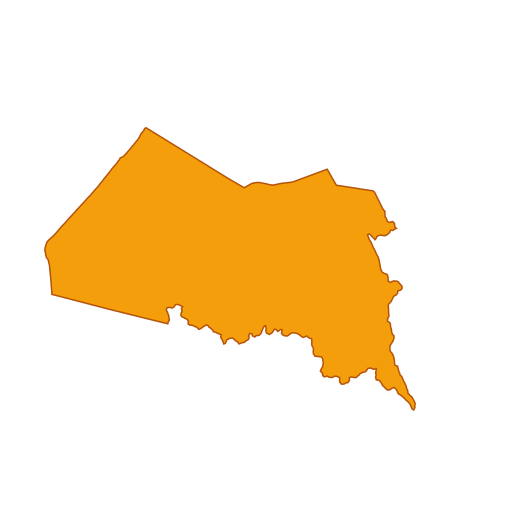 the district of Belmonte, Bahia, Brazil, rotated 200°
{"feature_id": "56859067B37213046235588", "entity_name": "Belmonte", "entity_type": "district", "adm_level": 2, "iso_a3": "BRA", "parent_name": "Brazil", "parent_adm1": "Bahia", "projection": "mercator", "projection_center": [-39.261, -15.95], "detail": "fine", "context": "isolated", "style": "filled", "palette": "amber", "viewbox_px": 512, "rotation_deg": 200, "n_neighbors": 0, "source": "geoboundaries", "source_scale": "gbopen_adm2", "svg_char_len": 5310}
<svg xmlns="http://www.w3.org/2000/svg" viewBox="0 0 512 512"><g transform="rotate(200 256 256)"><path d="M403.1,338.9L404.3,337.7L404.3,335.6L405.0,333.9L405.9,331.4L406.1,328.6L406.6,326.1L407.4,323.4L408.2,321.3L408.8,319.4L409.5,317.5L410.6,314.6L411.4,312.2L412.2,310.2L412.8,308.5L413.7,306.4L414.5,304.5L415.6,303.1L417.1,301.8L417.4,299.5L418.1,297.5L418.7,295.1L419.7,292.6L420.6,290.3L421.5,287.7L422.2,285.3L422.7,283.7L423.5,281.5L424.4,278.9L425.3,276.3L426.1,273.6L426.8,271.7L427.4,269.9L427.9,268.1L428.6,266.3L429.6,263.9L430.4,261.8L431.3,259.5L432.1,257.2L432.9,255.4L433.8,253.5L434.7,251.3L435.6,248.9L436.6,246.5L437.5,244.5L438.4,242.3L439.2,240.2L440.5,237.4L441.3,235.1L442.3,232.9L443.3,230.4L444.5,227.7L445.3,225.5L446.1,223.5L446.9,221.5L447.7,219.6L448.7,217.5L449.6,215.0L450.5,212.6L451.2,210.6L451.9,208.8L452.8,206.8L453.8,204.6L455.1,202.3L456.4,199.8L457.2,197.3L457.2,194.9L457.0,192.0L456.5,189.4L454.8,186.8L453.8,184.8L452.4,182.9L450.4,181.7L448.9,179.7L448.0,178.2L446.9,176.6L446.0,174.7L444.8,172.2L443.4,169.3L442.3,167.0L441.5,165.3L440.7,163.5L439.8,161.7L439.0,159.8L438.1,157.7L437.0,155.5L436.2,153.7L435.4,152.0L434.7,150.1L430.9,150.5L376.1,155.7L374.1,155.9L315.7,162.1L316.0,164.2L315.4,166.3L316.9,168.4L317.5,170.0L318.9,171.5L320.1,173.0L321.7,174.3L321.9,177.0L320.3,177.9L318.5,178.3L316.8,178.5L315.5,180.4L315.1,182.7L313.1,183.7L310.8,183.7L307.6,183.3L308.1,181.0L306.6,179.1L306.8,176.7L306.3,174.5L304.9,173.5L303.2,173.5L301.5,173.1L299.4,173.1L297.4,171.8L296.5,168.9L294.4,168.4L292.3,169.2L289.8,168.8L287.4,168.9L284.6,167.5L283.0,169.0L282.1,170.4L280.7,172.3L279.0,174.3L277.3,174.2L275.6,173.0L273.3,172.5L271.3,171.4L269.8,170.2L267.9,170.6L265.8,170.3L263.5,170.1L261.7,170.0L261.3,167.4L259.1,165.7L257.3,163.7L256.1,162.3L254.8,163.6L254.9,165.4L254.7,167.3L252.6,169.5L250.1,171.0L247.8,170.1L245.9,169.2L243.9,169.0L241.8,167.6L239.7,169.5L237.3,171.0L236.2,173.1L234.6,174.9L234.5,176.8L235.4,178.4L235.5,181.0L233.2,181.5L232.0,179.7L229.4,179.5L228.4,181.4L226.0,182.4L224.9,184.7L224.8,187.4L224.7,189.8L224.4,192.4L223.3,193.8L221.9,191.7L221.1,188.9L219.7,187.1L216.8,186.8L214.8,189.0L214.2,190.9L213.6,193.6L211.4,193.7L209.9,192.5L208.8,193.7L207.8,195.4L206.2,195.6L205.9,193.8L205.6,192.0L204.1,191.0L201.9,190.8L199.1,191.6L197.8,193.6L196.9,195.0L195.5,196.3L193.6,196.9L191.4,197.2L189.1,197.1L186.0,196.0L183.8,195.6L182.4,196.8L181.0,198.2L178.4,197.2L175.5,197.2L174.4,195.1L173.9,193.4L172.9,191.0L170.9,189.4L170.0,187.7L169.7,186.1L168.6,183.7L166.2,182.0L163.9,182.6L162.0,183.1L159.8,183.5L158.0,181.8L156.9,179.8L155.9,177.5L155.6,174.9L156.0,172.4L156.2,169.9L153.6,168.7L152.2,166.3L150.3,165.8L148.1,167.5L146.0,167.1L144.2,167.4L142.6,168.1L141.3,169.6L139.9,170.5L138.2,170.5L135.9,170.4L134.9,167.8L134.2,166.1L132.0,164.8L129.5,165.7L128.2,167.5L126.4,168.4L125.6,171.2L126.7,173.5L125.1,175.0L122.5,175.3L120.2,176.1L119.7,177.6L118.6,179.0L117.9,181.0L116.0,183.1L113.9,184.4L113.0,185.9L112.5,188.6L109.5,190.1L107.2,189.6L104.5,191.3L104.0,189.5L103.6,187.1L102.4,185.2L102.1,182.9L100.5,180.7L98.1,181.3L96.3,180.6L94.7,179.5L92.7,177.6L90.0,176.4L88.2,175.5L86.3,175.0L84.3,176.2L83.2,177.9L81.7,179.5L80.0,179.3L77.5,177.8L76.3,176.2L74.9,175.1L73.2,174.9L70.8,174.2L68.2,173.2L66.2,172.1L63.8,171.2L61.2,169.9L59.5,168.4L58.2,166.8L57.0,165.7L55.2,165.2L54.8,167.7L55.7,170.0L55.9,171.7L57.2,173.2L59.2,175.1L61.6,177.0L63.7,177.7L66.2,179.0L67.5,181.5L69.0,182.9L70.2,184.8L72.2,187.0L74.7,189.1L76.4,191.1L77.8,192.6L79.8,193.4L81.1,195.3L82.7,196.9L83.7,198.4L85.3,200.9L87.9,200.8L89.2,202.7L90.0,204.7L91.7,207.7L93.1,209.6L95.0,211.2L97.4,212.5L98.8,215.4L99.3,217.8L98.7,220.5L98.1,223.2L98.3,226.4L99.3,228.4L101.2,229.2L102.8,231.5L104.0,233.9L105.4,235.6L106.1,237.4L107.3,239.1L110.2,239.8L110.9,242.5L110.4,244.7L111.4,246.7L112.2,248.6L113.2,251.3L114.8,254.4L114.8,256.4L114.0,258.1L113.4,259.8L113.2,262.7L112.8,265.3L110.9,267.4L110.2,269.4L110.8,271.9L108.4,273.3L107.7,275.6L108.4,277.4L109.9,278.4L112.1,279.4L113.5,280.5L115.9,280.4L118.5,279.4L120.8,277.1L123.3,277.7L124.4,280.6L125.6,282.8L127.1,283.6L129.6,283.5L131.9,283.9L133.7,285.6L135.2,287.8L136.4,290.0L139.0,294.3L140.9,296.8L142.6,298.2L144.3,299.8L145.6,301.3L147.4,303.0L149.4,304.8L151.2,306.8L152.4,308.1L153.8,309.2L155.7,310.8L157.5,312.9L158.5,314.2L157.1,315.5L155.4,314.9L153.3,313.8L151.2,312.9L149.8,312.0L149.2,313.6L148.9,315.9L147.4,317.5L145.1,318.5L142.8,318.8L141.1,319.6L139.8,321.3L138.5,323.6L138.3,326.3L136.2,326.8L134.9,328.7L133.5,330.0L135.7,331.0L137.0,334.0L139.3,335.1L142.3,333.1L144.5,333.4L146.2,335.8L148.0,336.9L149.3,339.6L150.3,342.3L152.0,342.9L153.7,344.4L155.3,345.9L156.9,347.4L158.8,349.3L161.3,351.6L164.3,354.5L166.0,356.1L167.6,357.1L169.7,357.0L171.4,356.6L173.1,356.3L175.8,355.7L177.3,355.4L180.7,354.7L184.3,354.1L188.7,353.2L191.7,352.6L193.6,352.2L196.0,351.7L197.8,351.4L200.6,350.8L202.4,350.4L204.7,350.0L218.8,361.9L246.9,338.0L248.8,337.0L250.5,336.2L252.2,335.3L254.6,334.1L256.7,333.1L258.9,331.8L261.1,330.4L263.1,329.1L265.2,328.1L268.2,327.6L270.4,327.4L272.2,327.2L274.0,326.8L277.3,326.4L279.8,325.6L282.1,324.4L284.6,322.9L286.2,321.1L287.8,319.2L290.4,316.1L306.4,318.9L403.1,338.9Z" fill="#f59e0b" stroke="#b45309" stroke-width="1.5"/></g></svg>